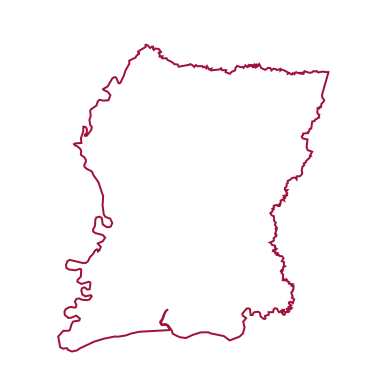 Aguadulce, Coclé, Panama, rotated 83°
{"feature_id": "35544464B59836826406650", "entity_name": "Aguadulce", "entity_type": "district", "adm_level": 2, "iso_a3": "PAN", "parent_name": "Panama", "parent_adm1": "Coclé", "projection": "natural_earth1", "projection_center": [-80.598, 8.21], "detail": "fine", "context": "isolated", "style": "outline", "palette": "rose", "viewbox_px": 384, "rotation_deg": 83, "n_neighbors": 0, "source": "geoboundaries", "source_scale": "gbopen_adm2", "svg_char_len": 5932}
<svg xmlns="http://www.w3.org/2000/svg" viewBox="0 0 384 384"><g transform="rotate(83 192 192)"><path d="M47.0,228.5L47.6,227.5L48.5,227.8L49.8,230.3L51.7,231.7L54.0,238.3L57.1,238.6L63.3,243.2L68.3,245.5L74.9,249.8L75.3,250.9L75.0,251.7L69.6,253.2L68.7,254.1L68.7,255.6L69.7,257.4L77.0,262.9L79.0,267.7L80.0,267.3L82.3,263.4L86.0,261.2L90.8,263.8L90.5,268.8L89.2,272.7L90.8,274.6L94.5,276.3L97.8,282.4L99.2,283.2L104.0,283.2L107.9,285.0L112.8,284.9L115.4,283.5L118.0,284.4L123.3,289.5L123.3,291.3L122.3,291.5L120.4,289.2L116.6,288.7L114.7,289.5L113.9,291.8L119.0,292.7L125.2,295.7L129.9,295.8L129.5,302.0L130.1,303.3L131.1,302.8L133.0,299.9L135.6,297.6L138.0,297.0L141.5,297.8L144.3,294.8L147.0,293.4L148.6,293.5L152.4,295.8L153.8,295.6L156.0,293.9L159.4,288.9L163.4,287.7L170.8,283.7L185.3,280.7L194.5,282.4L203.7,282.3L206.2,280.9L208.4,276.5L213.1,274.9L216.3,276.8L216.8,278.8L216.4,281.0L213.4,284.5L206.5,284.8L205.2,287.2L205.7,290.1L207.7,291.3L213.7,292.4L217.1,294.7L219.2,294.9L221.0,292.9L223.8,285.8L226.7,283.8L230.0,286.5L231.6,291.8L235.5,289.2L238.7,291.2L239.5,292.6L237.6,292.7L237.3,293.3L238.2,295.3L241.6,297.9L244.2,301.2L248.0,303.6L249.4,305.9L249.3,308.7L244.5,321.6L245.6,324.2L249.2,326.0L252.2,325.9L254.0,323.4L255.5,317.2L254.6,312.7L255.4,311.4L262.4,312.6L265.5,316.4L267.1,316.7L269.8,312.9L268.5,305.3L269.5,304.0L270.6,304.0L276.0,305.4L276.1,307.8L273.7,310.0L273.7,311.9L274.4,313.1L276.4,313.9L280.4,313.3L282.6,310.6L282.1,305.2L283.2,304.2L286.0,306.6L286.6,309.1L285.6,314.2L283.9,316.9L284.0,319.7L286.5,321.6L290.2,320.5L292.1,321.2L292.5,322.2L291.4,326.0L291.6,328.6L293.1,331.8L295.0,333.1L298.5,333.3L302.0,329.9L302.0,327.0L300.6,322.0L304.0,318.7L305.8,319.5L306.1,325.7L308.5,327.6L314.2,330.1L314.7,331.8L314.1,336.6L319.1,342.4L329.9,341.8L331.7,339.4L331.8,335.0L333.6,334.3L335.7,330.6L335.2,325.4L333.5,322.3L328.6,307.3L326.8,297.1L326.0,285.7L326.6,283.6L326.3,275.3L325.0,269.3L324.3,261.1L326.3,231.3L325.2,231.0L321.5,232.9L320.7,234.1L320.4,238.2L318.8,239.3L316.8,239.4L314.3,236.9L310.1,234.9L307.1,232.8L305.9,230.9L305.7,230.0L306.6,231.8L308.9,233.7L314.3,236.3L317.9,238.9L319.9,237.4L319.8,234.3L321.2,232.1L327.5,228.7L330.0,228.6L332.8,224.9L334.8,221.3L336.2,215.9L333.8,208.2L332.4,200.4L333.3,192.5L334.3,191.5L338.9,177.9L343.8,172.8L343.7,171.8L341.3,162.3L338.5,158.7L332.9,156.3L327.0,157.0L323.8,153.6L320.8,156.8L319.0,156.9L314.4,152.1L314.4,150.0L315.4,148.7L321.2,148.8L321.5,147.0L319.4,145.6L318.8,144.2L319.0,140.6L320.5,139.2L323.8,139.1L326.5,136.6L326.9,135.1L326.5,134.5L323.9,134.6L323.1,130.7L320.6,130.7L321.2,126.2L318.3,125.2L317.5,123.8L318.2,121.9L321.9,120.4L321.7,119.1L319.9,116.7L320.3,115.0L321.6,115.3L322.7,117.6L325.0,116.3L325.0,115.0L322.5,113.7L322.9,110.7L322.3,110.1L321.0,111.8L319.5,112.2L319.3,110.7L320.5,108.7L319.4,107.1L317.7,109.7L316.7,107.3L314.6,109.3L313.5,109.3L312.9,107.6L314.6,105.5L310.9,103.7L309.0,105.7L308.0,104.8L303.9,105.8L302.6,104.0L301.4,104.0L300.7,103.1L298.6,102.8L297.4,104.3L297.2,103.2L296.5,103.9L295.8,103.2L294.7,107.0L293.3,106.5L292.6,107.9L291.2,108.2L291.3,109.2L290.3,109.2L290.7,110.1L290.2,110.1L289.9,111.4L290.8,111.5L290.6,112.7L285.1,111.6L283.5,112.9L281.9,112.1L282.2,113.0L281.5,113.5L280.3,112.5L280.3,111.4L277.6,110.6L277.0,108.8L276.3,109.8L272.9,109.2L271.6,111.3L269.0,109.2L266.7,110.5L266.3,112.7L264.0,114.1L265.1,114.8L264.8,115.6L263.0,114.6L262.4,115.9L262.9,116.8L260.9,117.3L260.6,118.9L259.4,118.3L259.6,116.2L258.7,114.9L257.5,116.4L255.5,116.0L254.2,119.1L252.2,119.8L251.7,120.7L250.3,116.7L247.8,116.6L245.9,113.6L244.4,113.5L244.3,114.5L243.6,114.6L240.7,113.1L238.8,113.4L238.9,112.5L238.0,112.7L237.8,112.2L234.5,113.8L232.8,112.6L230.3,114.0L226.1,113.7L224.9,115.6L222.5,116.9L221.3,114.7L219.5,114.2L219.2,113.3L218.4,114.1L217.6,112.6L215.7,112.6L215.1,109.9L216.5,108.2L216.5,106.7L215.5,106.1L215.1,107.2L213.4,105.1L211.4,105.1L210.5,103.2L211.6,101.7L210.5,101.9L209.2,100.4L208.5,101.4L207.9,100.2L206.9,101.1L206.8,98.1L205.4,98.3L205.0,97.6L202.9,98.6L201.7,97.2L201.5,99.1L200.8,99.6L199.3,99.2L198.2,97.6L195.4,97.0L194.7,95.8L192.6,95.6L191.7,92.8L190.4,91.2L190.1,88.8L190.4,87.7L192.0,86.7L189.2,86.2L189.5,83.4L188.9,81.9L187.0,80.3L183.6,80.4L180.3,79.3L179.2,77.4L177.2,77.5L176.7,75.6L175.4,75.3L172.2,70.9L171.0,70.7L170.8,69.6L169.9,70.2L166.7,67.8L164.5,72.1L161.5,72.8L154.0,71.0L152.2,75.7L150.1,76.3L149.2,75.0L147.6,74.7L147.6,69.6L146.6,69.6L146.2,68.5L143.7,67.5L143.5,65.9L136.7,64.1L136.5,61.7L135.2,60.9L133.6,56.8L132.8,57.2L130.9,56.2L129.9,57.5L128.2,58.0L123.9,57.0L124.6,55.4L123.1,54.9L123.4,53.6L120.5,52.9L117.9,49.9L116.8,49.7L113.8,51.2L111.1,51.0L88.9,41.6L89.7,42.4L88.4,47.9L88.7,52.1L87.1,53.4L87.6,54.1L86.8,56.9L87.9,58.2L88.0,61.0L85.8,65.7L88.3,66.9L87.9,69.0L87.0,67.9L86.9,72.3L85.9,73.6L86.0,75.2L87.5,75.9L86.3,77.5L87.4,78.1L87.5,79.0L85.7,80.9L86.3,82.5L85.1,82.2L82.8,85.2L81.4,88.2L82.2,89.5L80.6,89.3L81.4,92.9L80.1,94.1L79.6,96.3L81.0,98.3L78.5,99.2L78.1,101.5L79.7,104.3L77.5,108.1L73.2,109.7L74.2,110.6L73.3,112.4L74.2,113.2L73.4,114.0L75.0,114.1L74.8,112.6L75.4,111.9L76.3,113.8L75.4,115.0L75.6,116.4L74.8,116.7L74.1,115.4L73.5,115.8L73.0,119.1L73.6,119.7L74.2,119.3L74.3,120.4L73.3,120.7L74.7,122.0L72.8,123.6L75.1,125.7L74.2,126.3L74.0,128.6L72.3,131.8L73.9,133.5L76.5,134.4L77.6,138.0L79.3,140.0L77.1,144.0L75.2,143.3L74.8,147.2L72.7,148.1L73.7,149.3L73.6,158.4L72.8,158.8L72.0,158.1L72.3,160.3L69.0,161.7L70.9,162.9L69.1,164.1L69.5,166.1L68.2,166.7L67.8,171.4L66.5,172.6L68.2,174.6L66.3,175.9L64.8,178.2L65.4,179.1L66.0,190.0L63.8,190.6L62.9,194.0L60.6,196.0L57.9,200.3L56.1,201.0L55.8,205.0L55.1,205.7L53.7,204.8L53.6,207.7L52.0,207.2L49.8,208.1L49.2,207.3L49.6,204.9L48.8,206.1L46.2,207.3L45.1,210.8L46.4,212.6L45.3,213.2L43.1,212.8L42.7,213.9L44.0,216.0L41.3,217.9L40.2,219.6L40.4,220.3L42.4,220.3L45.9,228.3L47.0,228.5Z" fill="none" stroke="#9f1239" stroke-width="2"/></g></svg>